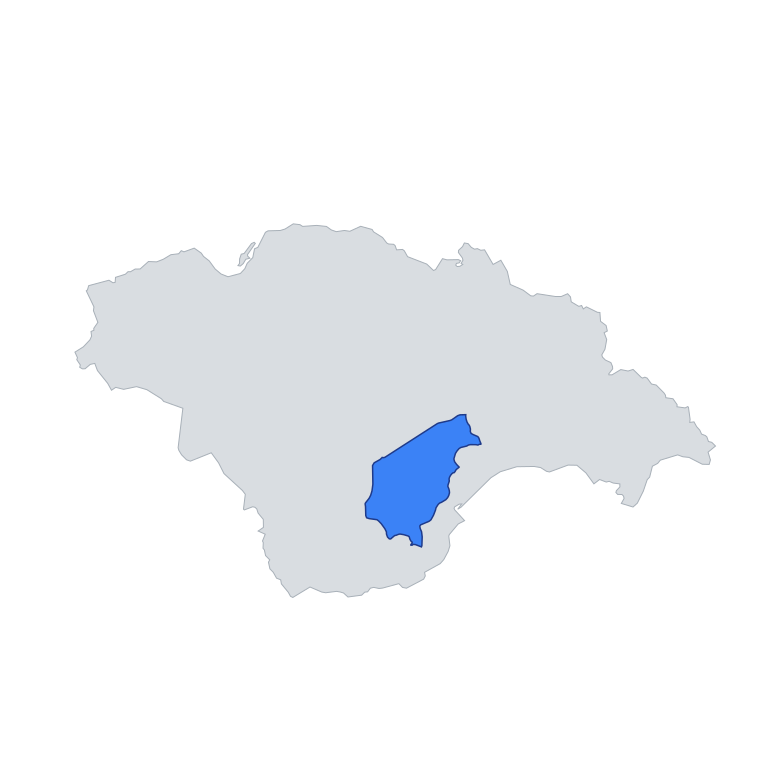 Iran, with Semnan highlighted, rotated 149°
{"feature_id": "IRN-3215", "entity_name": "Semnan", "entity_type": "Province", "adm_level": 1, "iso_a3": "IRN", "parent_name": "Iran", "parent_adm1": "", "projection": "natural_earth1", "projection_center": [54.411, 35.84], "detail": "fine", "context": "in_parent", "style": "filled", "palette": "blue", "viewbox_px": 768, "rotation_deg": 149, "n_neighbors": 0, "source": "natural_earth", "source_scale": "10m", "svg_char_len": 5334}
<svg xmlns="http://www.w3.org/2000/svg" viewBox="0 0 768 768"><g transform="rotate(149 384 384)"><path d="M385.3,225.4L392.5,225.8L405.6,221.3L406.8,220.3L410.8,211.4L415.3,207.4L423.2,202.7L428.3,201.1L446.2,201.7L447.5,198.2L450.5,196.3L469.9,197.4L472.9,200.1L474.1,205.2L490.3,209.8L493.6,211.3L497.6,215.0L500.9,216.0L505.1,214.3L507.7,215.5L511.9,214.5L524.6,220.0L526.3,225.7L528.7,228.3L531.5,230.7L541.5,235.1L544.5,237.7L552.0,248.1L572.1,248.0L573.5,250.2L573.3,254.7L574.9,265.5L573.4,269.4L576.1,272.9L575.9,279.6L577.0,284.3L574.8,290.8L572.5,292.1L573.9,297.9L572.0,303.4L572.3,305.5L569.2,310.2L569.0,312.0L563.2,316.4L567.6,322.8L561.2,323.2L557.2,330.1L558.4,338.2L557.4,342.4L558.1,344.8L559.8,346.4L568.6,348.0L568.9,349.1L559.7,360.9L560.2,365.6L567.3,389.6L566.4,401.6L567.5,414.0L589.7,417.6L592.3,420.7L594.0,427.6L594.0,432.8L593.3,435.4L568.9,466.8L581.8,482.5L582.4,486.0L590.2,501.3L597.5,509.2L609.9,513.5L615.7,519.3L620.8,519.0L620.5,526.8L622.7,543.1L621.3,550.6L625.7,552.1L632.4,551.0L634.8,552.4L636.2,555.1L634.5,556.7L634.8,563.1L633.2,564.4L632.5,570.5L622.6,570.7L613.3,573.3L610.0,575.6L608.1,579.9L605.0,579.5L604.1,581.2L597.5,584.2L595.3,596.5L592.9,599.5L591.2,617.2L589.7,617.4L586.5,620.4L566.3,614.6L564.2,610.4L562.1,609.6L559.2,613.7L549.1,611.3L545.6,612.1L543.5,610.8L538.1,610.7L533.8,608.2L522.8,610.3L516.0,605.8L508.9,604.6L500.1,604.6L492.9,601.4L489.1,602.7L487.4,600.3L476.7,598.2L473.2,590.3L473.0,586.3L470.4,579.5L469.5,569.5L467.0,562.2L462.5,556.3L450.2,552.7L443.9,554.5L439.1,557.9L431.4,559.9L425.3,566.6L421.8,566.1L407.5,575.1L404.5,575.0L393.8,569.0L389.0,567.8L379.3,568.0L374.0,563.9L372.6,561.0L360.0,554.6L352.2,548.7L349.8,543.2L346.5,539.2L338.9,536.0L334.6,532.5L322.8,531.2L314.6,522.6L314.6,519.8L309.8,510.3L309.0,503.4L307.9,501.6L303.8,498.8L303.2,496.9L304.1,492.5L298.8,489.8L298.0,487.7L298.2,481.0L285.6,464.8L283.1,455.8L280.8,455.5L269.3,461.3L266.1,458.0L256.2,452.3L254.8,450.2L257.3,449.1L259.8,450.1L261.3,448.9L260.8,447.0L258.3,445.8L254.9,445.9L255.8,447.7L252.6,449.4L251.9,451.7L252.5,458.4L251.2,460.2L245.9,461.3L242.5,463.5L239.6,461.0L238.8,456.2L237.0,453.0L234.2,451.9L232.2,448.8L228.7,447.2L228.9,430.3L220.1,429.9L220.3,417.0L224.5,404.3L216.4,392.8L212.8,384.0L210.6,382.4L206.3,382.6L192.0,370.7L187.0,367.7L180.1,366.8L179.3,362.6L181.2,358.0L178.0,352.0L177.0,350.2L174.2,349.5L174.5,345.7L170.8,345.9L164.1,335.5L162.1,334.1L166.1,326.2L163.5,319.7L165.3,314.4L168.9,314.6L170.2,307.4L176.7,300.0L182.3,296.8L182.9,294.5L181.9,290.5L178.5,285.5L179.1,281.3L180.2,279.2L186.2,276.9L186.5,276.0L183.8,274.4L173.6,274.4L168.1,269.4L163.0,268.2L160.1,257.2L159.3,255.9L156.9,255.5L155.4,253.5L154.7,246.2L151.2,242.9L148.6,232.1L148.5,229.5L149.5,227.1L143.9,222.5L143.4,215.3L144.6,213.6L138.2,208.4L135.3,208.2L135.0,207.3L139.8,196.1L141.7,193.6L137.8,191.9L138.0,186.4L137.1,181.8L137.6,177.5L135.1,174.3L134.5,172.4L135.5,167.6L133.1,165.2L131.8,160.1L141.3,158.7L143.3,150.8L146.7,147.6L152.5,151.3L160.4,164.0L165.3,167.7L168.8,172.0L186.4,176.4L190.3,175.0L196.3,175.3L204.2,167.4L207.7,166.4L216.9,158.6L228.2,151.4L233.9,150.3L242.1,159.4L237.2,162.2L236.4,164.5L236.9,166.7L240.6,169.0L241.1,171.6L239.7,172.9L234.8,174.3L233.3,176.9L238.6,181.1L241.1,184.6L244.0,185.5L248.4,191.1L255.5,190.3L256.7,203.8L260.5,215.0L268.0,219.7L287.5,223.4L289.7,225.5L292.8,231.7L297.8,236.0L312.8,244.7L329.5,248.9L340.6,248.6L381.5,238.7L385.3,238.7L379.2,241.2L381.5,242.3L386.8,242.3L388.0,241.3L388.2,239.6L385.3,225.4ZM445.8,561.7L443.3,565.6L439.5,568.8L436.7,567.9L425.3,572.6L422.3,572.3L421.9,570.8L434.4,565.2L435.0,563.8L434.2,560.9L438.2,562.1L442.7,559.7L446.4,559.1L448.2,560.7L445.8,561.7Z" fill="#d9dde1" stroke="#a8b0b8" stroke-width="1"/><path d="M370.5,272.3L371.8,272.2L373.8,271.5L375.6,270.5L376.8,269.5L377.4,268.6L377.7,267.8L378.3,266.9L381.0,264.6L382.0,263.4L382.4,260.8L383.0,258.8L383.9,257.0L385.9,255.1L388.0,253.8L390.6,253.0L395.7,253.0L397.7,253.3L399.6,252.9L403.2,251.1L404.8,249.4L409.2,246.0L413.7,243.4L415.9,243.1L425.2,244.4L426.5,243.8L427.4,241.5L427.9,238.0L430.0,233.3L434.8,225.9L435.8,225.1L439.8,230.2L441.6,231.5L442.6,231.3L443.9,231.9L443.6,232.6L442.1,233.0L441.5,233.6L441.3,234.0L441.5,234.3L441.6,234.6L441.8,235.5L441.7,237.7L441.2,239.6L441.1,240.3L441.6,241.3L444.7,244.7L447.6,247.2L449.1,247.7L451.6,248.1L452.9,248.6L456.8,248.0L457.3,247.8L458.1,247.8L459.2,248.5L459.8,251.0L459.2,254.0L458.1,256.0L457.8,259.5L458.3,265.6L459.2,269.5L459.9,271.3L466.1,276.3L467.8,278.3L467.4,280.6L463.0,288.4L461.9,291.0L461.1,291.6L455.6,293.7L452.7,295.5L449.3,298.6L445.1,303.9L435.8,320.0L433.0,321.5L426.3,321.3L423.9,321.8L423.4,322.0L423.2,321.8L422.5,321.2L421.1,320.7L358.7,322.6L357.3,322.4L346.2,318.7L344.4,318.4L337.2,318.9L334.7,318.4L329.7,315.6L330.5,314.4L331.7,311.6L332.4,308.8L332.5,306.2L332.2,304.9L332.3,303.5L333.1,300.9L334.5,298.8L334.8,296.8L333.6,294.7L330.7,290.7L330.5,289.3L330.7,287.9L331.2,285.9L331.6,283.0L332.0,282.5L332.5,282.7L332.8,283.0L333.4,283.2L334.9,283.3L336.4,284.6L341.1,287.5L343.0,288.2L345.0,288.2L350.8,290.0L352.9,290.0L355.9,289.0L358.5,287.7L362.7,283.8L363.5,281.0L363.2,277.7L362.4,274.1L362.8,273.9L365.4,273.6L366.6,273.3L368.3,272.3L369.6,271.9L370.5,272.3Z" fill="#3b82f6" stroke="#1e3a8a" stroke-width="1.5"/></g></svg>